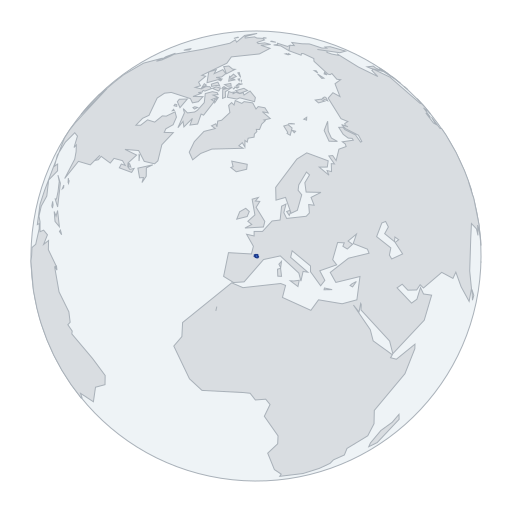 Gers on an orthographic globe, rotated 9°
{"feature_id": "FRA-5294", "entity_name": "Gers", "entity_type": "Metropolitan department", "adm_level": 1, "iso_a3": "FRA", "parent_name": "France", "parent_adm1": "", "projection": "orthographic", "projection_center": [0.302, 43.692], "detail": "fine", "context": "on_globe", "style": "filled", "palette": "blue", "viewbox_px": 512, "rotation_deg": 9, "n_neighbors": 0, "source": "natural_earth", "source_scale": "10m", "svg_char_len": 10903}
<svg xmlns="http://www.w3.org/2000/svg" viewBox="0 0 512 512"><g transform="rotate(9 256 256)"><circle cx="256" cy="256" r="225" fill="#eef3f6" stroke="#a8b0b8"/><path d="M54.5,356.7L51.8,351.1L47.7,341.7L41.5,324.8L34.4,296.1L34.3,290.4L33.4,282.7L36.6,278.9L37.6,263.2L36.9,257.8L35.1,259.2L34.6,238.7L36.9,224.4L48.3,169.6L52.2,160.6L56.7,152.6L82.6,114.1L61.1,143.6L66.9,133.8L75.8,121.2L75.9,121.5L88.6,106.7L96.9,97.7L114.8,83.1L132.9,75.1L127.2,79.2L132.2,77.2L139.8,72.3L143.5,69.6L171.0,60.2L197.0,49.9L201.8,45.7L203.4,47.8L210.3,39.9L222.3,36.0L210.8,41.1L211.2,42.4L220.3,39.8L222.7,40.6L228.5,40.0L230.5,41.3L223.7,44.8L224.9,45.9L231.3,44.1L237.4,44.8L227.8,47.1L237.4,48.7L227.7,55.9L200.5,63.2L197.1,70.1L174.2,86.0L178.2,86.3L172.1,93.3L174.5,96.5L169.6,99.0L175.8,99.5L179.8,96.6L183.9,96.0L185.7,97.7L179.7,101.1L177.9,100.7L177.1,102.6L173.4,103.6L176.2,104.1L168.8,108.3L178.7,106.9L174.9,112.6L169.3,114.7L166.6,110.8L146.8,107.7L140.2,109.5L133.7,115.4L128.3,133.8L122.5,137.7L116.9,145.6L121.6,144.9L127.6,138.5L135.0,139.6L141.5,132.3L145.5,131.9L153.5,126.3L155.7,131.3L153.6,139.3L147.1,144.4L146.0,148.3L155.0,147.1L145.6,160.8L144.2,177.4L141.4,180.8L130.8,180.0L123.6,170.2L109.9,171.2L122.3,175.0L115.0,184.2L115.3,187.8L117.8,190.2L121.9,188.6L120.1,192.9L107.2,190.3L108.6,186.2L112.7,187.0L109.2,182.7L100.5,181.8L97.5,187.0L87.5,181.8L85.2,185.6L81.7,186.9L86.0,181.0L78.1,191.9L65.8,190.3L54.9,209.4L61.8,188.8L62.0,181.3L61.2,174.4L59.3,177.3L60.9,165.5L57.7,162.6L49.9,173.4L44.0,187.5L42.9,198.9L45.7,196.2L46.7,202.9L39.3,213.4L40.0,229.5L36.1,240.3L35.4,250.6L37.3,255.8L38.9,265.8L42.2,263.7L46.7,267.7L44.4,277.8L48.7,273.1L49.9,282.2L60.2,297.1L58.8,298.2L67.1,322.3L79.9,340.4L82.8,350.5L80.9,353.3L86.2,358.9L86.3,361.8L110.5,382.7L125.7,397.6L127.0,406.7L118.0,410.7L118.2,425.4L104.2,419.1L106.4,423.4L105.5,423.6L93.3,411.8L82.1,399.2L71.8,385.7L62.6,371.5L54.5,356.7ZM51.4,214.7L52.4,238.6L48.7,231.0L50.0,231.0L50.4,223.6L50.0,213.1L47.7,207.1L51.4,214.7ZM58.8,211.8L58.4,208.4L59.3,211.0L58.8,211.8ZM144.7,68.3L139.7,72.2L132.0,76.6L135.9,73.2L144.7,68.3ZM159.7,61.2L158.0,62.9L152.5,64.1L155.2,62.8L159.7,61.2ZM204.7,42.8L200.1,44.5L203.8,42.7L204.7,42.8ZM228.9,39.7L229.5,39.1L232.3,39.1L228.9,39.7ZM151.7,124.0L152.5,125.1L150.6,125.6L151.7,124.0ZM154.3,120.6L151.5,120.4L152.3,118.7L154.1,118.9L154.3,120.6ZM237.9,41.3L242.2,41.8L236.7,41.8L237.9,41.3ZM157.7,121.4L154.2,115.9L155.7,113.2L163.6,111.7L157.7,121.4ZM243.9,42.5L254.4,44.1L256.5,42.6L256.4,48.1L247.6,44.6L240.4,44.8L244.3,43.7L243.9,42.5ZM180.3,95.0L176.1,98.1L178.0,93.9L180.3,95.0ZM180.5,92.5L180.5,81.6L187.6,78.2L186.2,82.4L194.1,77.1L197.6,80.7L194.1,84.5L188.7,85.9L194.1,86.3L180.5,92.5ZM254.7,51.2L256.2,52.2L253.3,51.8L254.7,51.2ZM185.6,95.4L185.0,93.3L191.1,90.2L193.6,93.8L190.8,93.6L185.6,95.4ZM194.5,74.0L199.4,72.6L203.7,75.1L206.2,74.9L198.3,80.6L194.5,74.0ZM190.3,95.2L194.6,95.7L193.4,98.9L186.7,97.2L190.3,95.2ZM191.7,88.0L194.7,86.7L193.8,88.5L191.7,88.0ZM191.3,111.1L190.4,108.3L193.5,106.4L191.3,111.1ZM196.3,95.7L196.7,94.7L197.9,93.7L200.4,94.7L196.3,95.7ZM201.8,82.1L202.5,83.5L205.3,79.9L208.5,81.8L202.7,85.4L206.6,84.7L207.6,85.3L201.7,87.6L201.8,82.1ZM206.3,92.9L200.0,98.6L201.0,103.9L198.3,105.6L197.1,96.8L206.3,92.9ZM204.1,89.5L204.9,92.0L201.1,92.8L198.2,91.6L204.1,89.5ZM212.9,82.0L209.4,78.0L210.7,77.4L212.9,82.0ZM207.4,94.3L208.9,92.9L207.9,94.5L207.4,94.3ZM212.0,85.5L210.6,84.1L212.2,83.5L212.0,85.5ZM213.0,91.5L211.0,93.2L209.0,92.4L213.0,91.5ZM213.2,88.6L215.8,88.1L209.5,91.1L212.3,88.1L213.2,88.6ZM213.8,85.1L214.3,84.3L214.2,85.8L213.8,85.1ZM221.8,93.9L214.4,97.9L210.0,95.9L217.8,92.3L221.8,93.9ZM448.6,139.1L452.5,145.9L454.3,149.1L454.8,150.5L460.2,161.6L461.9,164.5L471.7,191.0L471.9,192.5L475.7,206.0L476.6,210.5L474.4,201.2L470.0,190.8L472.0,200.9L469.5,194.7L463.7,190.2L465.3,204.7L469.4,237.3L473.9,254.5L473.6,267.5L463.4,254.3L455.9,240.7L454.0,247.3L442.0,243.1L426.4,261.4L422.6,258.7L420.0,264.4L411.3,266.0L404.8,261.0L400.3,265.4L417.0,278.2L421.7,273.5L423.4,261.4L427.4,267.3L435.6,267.2L432.2,293.1L406.4,331.1L401.3,319.1L368.1,292.8L367.6,287.7L367.4,287.2L366.8,286.4L366.5,295.2L359.9,289.2L380.4,310.9L385.0,321.5L406.1,332.2L404.8,335.4L410.8,336.0L426.8,318.2L427.4,322.7L421.5,349.0L397.0,390.0L398.8,403.2L394.5,416.1L376.0,431.8L374.4,438.7L364.4,445.2L361.6,449.2L351.7,455.9L336.4,463.5L313.9,469.9L315.0,467.5L307.6,464.1L298.4,448.9L306.8,438.1L305.9,430.2L289.3,413.0L293.1,400.5L288.0,395.9L277.9,398.3L271.7,392.5L265.3,392.8L223.7,397.2L209.5,387.7L188.9,357.8L195.4,347.2L193.9,333.2L236.2,286.3L248.1,289.3L284.7,279.3L289.8,280.4L288.6,292.8L318.7,301.1L324.6,289.5L348.6,289.7L362.5,283.5L361.9,260.0L339.0,269.6L331.9,260.6L347.7,243.7L367.2,235.6L365.0,231.8L350.1,228.5L351.8,218.6L344.6,226.8L349.5,229.4L345.1,234.8L340.3,232.8L341.1,229.2L334.5,229.9L332.3,247.6L337.1,252.1L321.3,260.6L327.8,269.3L324.5,275.3L312.3,263.0L311.4,257.3L290.9,245.2L290.4,251.9L309.7,263.9L304.9,263.9L304.3,273.8L301.0,266.2L280.0,252.1L264.0,258.3L248.3,283.4L238.0,285.7L227.2,281.2L228.3,257.0L251.2,254.7L251.9,246.8L243.3,236.0L251.0,236.5L250.3,232.0L258.6,230.7L266.4,218.9L274.2,216.7L273.5,202.8L277.5,200.0L276.7,208.8L280.4,214.1L299.4,208.9L302.0,205.2L300.0,196.9L305.5,196.8L301.2,189.5L310.2,183.0L295.5,185.0L292.8,176.0L296.2,167.5L292.7,165.2L287.1,179.1L287.3,184.5L291.6,188.4L289.7,204.4L284.0,208.3L276.0,193.5L267.0,197.7L264.7,185.1L281.2,153.9L290.0,146.2L312.4,150.7L312.5,157.0L304.5,158.3L315.4,164.8L312.8,160.5L317.4,160.8L315.9,153.0L319.1,152.8L312.3,145.8L316.0,144.8L320.2,149.2L321.2,137.5L327.9,133.8L326.6,131.3L323.4,129.7L334.0,126.4L332.6,124.8L328.6,125.1L323.1,122.2L317.6,116.0L321.6,115.2L324.1,117.3L335.4,120.9L341.5,127.2L342.6,126.3L338.3,120.7L324.5,116.2L320.0,112.8L326.6,114.0L323.9,113.2L322.9,111.3L325.7,108.8L318.5,107.1L302.6,88.8L306.4,82.7L314.0,85.4L307.1,73.5L312.0,68.6L308.2,68.8L302.4,63.9L300.8,65.3L298.6,65.1L282.8,54.6L282.2,51.9L271.2,48.7L269.3,48.9L269.1,50.6L256.4,48.1L256.5,42.6L260.9,42.2L258.0,39.5L268.3,39.2L275.6,38.2L288.6,40.3L293.2,39.7L291.5,38.8L296.5,37.7L312.5,39.6L307.0,42.1L284.3,42.4L294.2,42.3L294.2,43.8L299.1,44.7L305.9,44.9L305.3,44.0L327.5,53.3L348.3,59.7L341.4,54.6L342.7,53.1L360.3,58.4L393.9,79.4L395.9,79.8L399.7,82.6L406.0,88.2L400.7,84.1L402.2,86.3L398.3,83.4L406.7,91.8L401.3,88.1L410.5,96.9L413.0,97.8L407.6,91.4L417.8,101.2L419.3,101.0L424.8,106.8L437.4,122.4L448.6,139.1ZM225.2,312.1L224.9,316.5L225.2,312.1ZM390.5,237.7L400.5,231.0L391.3,220.8L394.4,217.6L390.2,215.5L390.6,220.2L379.6,213.8L382.2,206.6L378.6,201.6L375.1,203.7L372.1,218.0L387.9,226.9L387.6,234.2L390.5,237.7ZM60.6,297.4L61.6,301.1L59.7,298.8L60.6,297.4ZM46.6,233.8L47.6,237.3L47.5,240.5L46.5,238.5L46.6,233.8ZM58.8,261.0L60.7,265.4L58.0,262.5L58.8,261.0ZM52.9,242.1L57.2,257.8L52.1,253.3L49.7,243.6L52.3,247.9L52.9,242.1ZM55.1,216.0L55.3,218.7L54.2,219.9L55.1,216.0ZM59.5,213.7L59.1,213.0L59.7,210.5L59.5,213.7ZM115.8,184.4L116.8,184.7L118.5,187.8L116.3,187.7L115.8,184.4ZM135.1,194.4L131.9,201.3L132.6,196.1L128.8,197.0L125.6,187.7L139.8,182.1L133.9,186.1L135.1,194.4ZM125.2,174.4L125.6,180.5L124.6,174.1L125.2,174.4ZM238.4,210.5L242.4,213.1L241.1,218.4L231.2,222.6L233.0,214.8L238.4,210.5ZM248.5,215.6L243.3,200.5L249.2,197.8L246.8,201.8L251.2,201.5L248.5,207.9L259.3,220.5L258.8,226.2L240.7,230.1L246.9,225.5L242.5,223.0L248.5,215.6ZM219.4,171.4L217.2,166.1L233.0,166.8L233.2,171.8L223.3,175.9L217.3,172.5L219.4,171.4ZM172.3,120.5L170.5,119.3L172.1,118.2L175.1,118.4L172.3,120.5ZM190.6,109.9L182.2,125.1L179.6,124.4L177.7,134.8L170.3,137.0L171.7,130.0L164.6,139.8L162.9,134.5L158.8,141.5L162.9,125.8L161.1,121.8L165.9,125.4L172.8,123.4L175.3,121.3L180.9,112.6L180.5,103.5L187.3,100.5L192.2,100.8L193.3,102.5L188.5,103.8L193.5,105.2L187.5,108.5L190.6,109.9ZM245.7,112.8L239.7,112.5L248.6,118.0L242.6,120.4L244.0,120.9L241.0,124.8L239.7,130.5L236.5,130.9L237.4,133.0L235.3,135.8L235.5,138.9L229.8,140.9L229.5,144.9L227.0,143.6L228.0,150.1L224.7,146.2L221.8,149.8L226.5,151.6L195.7,157.3L185.3,163.4L178.4,170.9L173.8,163.9L177.2,152.7L185.1,141.1L195.8,136.5L191.7,134.4L195.6,131.7L197.2,134.5L197.1,128.7L200.8,127.3L207.8,118.4L205.4,111.5L207.9,108.3L210.7,110.3L211.2,105.7L218.1,107.5L220.1,105.4L228.8,105.3L233.0,110.8L234.8,108.1L241.6,108.2L245.7,112.8ZM224.3,94.0L230.6,99.6L230.4,103.8L215.3,102.3L212.6,104.0L202.9,103.7L203.3,97.8L206.0,98.3L208.8,97.5L207.6,99.7L210.6,97.4L214.5,98.2L217.9,96.7L219.0,98.9L224.3,94.0ZM293.7,275.1L297.2,274.8L302.5,273.2L302.2,279.6L293.7,275.1ZM279.3,265.7L282.2,264.3L284.4,272.1L280.7,272.5L279.3,265.7ZM282.0,257.3L282.2,263.7L279.9,260.5L282.0,257.3ZM279.3,207.3L282.3,205.6L283.3,207.4L282.5,210.7L279.3,207.3ZM270.9,131.4L267.5,130.1L267.9,128.8L263.1,123.3L267.2,121.3L271.6,123.9L270.9,131.4ZM359.1,265.5L356.2,271.4L353.5,270.4L355.1,268.5L359.1,265.5ZM328.6,276.9L336.5,277.3L328.5,278.7L328.6,276.9ZM274.5,128.3L272.1,126.2L275.6,126.6L274.5,128.3ZM269.9,119.6L273.7,119.5L267.1,120.4L269.9,119.6ZM422.9,394.9L404.9,421.3L397.2,426.7L398.3,422.7L406.7,408.7L416.5,399.0L422.0,390.0L422.9,394.9ZM479.4,227.1L479.3,226.4L479.4,227.1ZM474.5,255.2L477.3,260.9L476.7,265.8L474.5,255.2ZM458.3,156.9L458.8,157.8L457.8,155.8L454.3,149.2L458.3,156.9ZM305.7,111.7L307.8,121.4L312.0,127.7L318.5,130.1L310.2,131.2L303.7,121.4L305.7,111.7ZM302.5,91.5L296.8,90.0L298.6,88.3L300.1,88.4L302.5,91.5ZM299.6,92.3L293.8,95.0L290.1,92.7L295.4,91.0L299.6,92.3ZM284.4,111.0L284.7,113.9L281.8,113.4L284.4,111.0ZM398.6,81.6L391.7,76.2L390.5,75.3L398.6,81.6ZM380.1,68.0L379.5,67.6L375.9,65.3L380.1,68.0ZM371.5,62.6L367.0,60.1L362.2,57.5L364.3,58.5L371.5,62.6ZM365.1,59.2L353.8,54.2L348.3,50.9L349.5,51.3L357.0,54.8L359.5,56.3L365.1,59.2ZM349.5,52.2L351.8,53.8L340.0,52.7L336.2,51.8L342.2,50.1L344.7,51.6L348.5,52.6L349.5,52.2ZM258.0,51.5L256.4,52.2L256.4,51.0L258.0,51.5ZM297.8,66.0L294.8,65.5L294.9,64.0L297.8,66.0ZM286.4,63.6L288.4,65.6L284.6,63.8L286.4,63.6ZM293.2,70.3L288.4,66.6L295.3,69.7L293.2,70.3Z" fill="#d9dde1" stroke="#a8b0b8" stroke-width="1"/><path d="M255.4,256.7L255.2,256.6L255.1,256.3L254.9,256.4L254.8,256.5L254.6,256.4L254.4,256.4L254.4,256.2L254.5,256.0L254.6,255.8L254.5,255.7L254.6,255.4L254.5,255.2L254.8,255.1L255.0,254.9L255.2,255.0L255.3,255.2L255.4,254.9L255.5,254.9L255.7,254.7L255.8,254.7L255.9,254.8L256.0,254.8L256.1,254.7L256.4,254.6L256.5,254.6L256.8,254.5L257.0,254.6L257.3,254.5L257.5,254.6L257.5,254.8L257.4,255.0L257.5,255.1L257.7,255.4L257.7,255.5L257.8,255.6L258.0,255.9L258.1,256.0L258.4,256.2L258.5,256.4L258.5,256.5L258.4,256.6L258.2,256.6L258.1,256.8L258.1,257.1L258.0,257.3L257.9,257.3L257.8,257.2L257.7,257.1L257.4,257.1L257.2,257.2L257.0,257.4L257.0,257.5L256.9,257.5L256.5,257.4L256.3,257.4L256.2,257.3L256.0,257.2L255.8,257.3L255.7,257.3L255.7,257.2L255.6,256.9L255.5,256.7L255.4,256.7Z" fill="#3b82f6" stroke="#1e3a8a" stroke-width="1.5"/></g></svg>